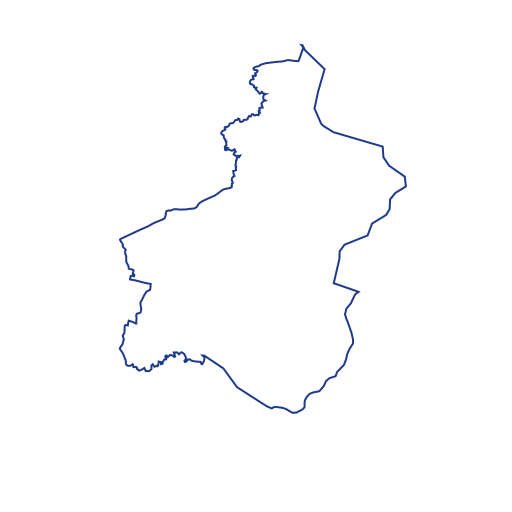 Kangaba, Koulikoro, Mali (Mercator projection), rotated 52°
{"feature_id": "8926073B95674786747910", "entity_name": "Kangaba", "entity_type": "district", "adm_level": 2, "iso_a3": "MLI", "parent_name": "Mali", "parent_adm1": "Koulikoro", "projection": "mercator", "projection_center": [-8.71, 11.908], "detail": "fine", "context": "isolated", "style": "outline", "palette": "blue", "viewbox_px": 512, "rotation_deg": 52, "n_neighbors": 0, "source": "geoboundaries", "source_scale": "gbopen_adm2", "svg_char_len": 6106}
<svg xmlns="http://www.w3.org/2000/svg" viewBox="0 0 512 512"><g transform="rotate(52 256 256)"><path d="M390.5,330.0L392.1,328.5L395.0,326.6L399.1,325.0L402.0,323.8L404.0,321.0L404.3,320.5L405.2,315.7L405.5,313.9L405.1,310.9L400.8,307.4L399.2,305.1L399.0,304.4L398.1,302.1L397.7,298.4L398.8,294.8L401.4,289.7L401.4,288.8L401.4,288.5L400.2,282.7L397.7,277.7L397.5,273.4L399.7,267.3L397.4,263.6L395.9,253.6L392.8,248.5L392.7,248.4L389.7,244.9L386.9,239.8L384.7,233.5L381.3,230.8L375.2,228.0L364.9,224.5L361.3,223.5L356.8,221.8L356.5,221.5L355.1,219.6L353.1,217.2L351.9,211.1L351.7,210.7L351.7,210.3L349.8,206.6L347.3,201.5L347.3,198.9L347.4,197.3L345.1,198.7L325.3,211.5L309.6,192.0L303.8,187.2L301.6,179.3L308.5,155.4L301.9,144.5L303.8,128.1L301.2,121.7L293.9,115.4L292.1,107.1L293.5,95.1L285.1,89.9L266.8,95.5L256.6,94.8L247.8,88.8L206.2,118.7L195.3,122.7L191.9,123.2L175.8,119.1L164.5,105.6L151.0,86.9L123.9,90.7L118.5,89.6L117.8,90.3L120.0,90.3L121.1,90.7L127.8,101.1L128.5,102.7L127.1,104.3L125.5,106.1L123.4,108.0L122.0,109.3L120.7,111.2L119.4,114.7L116.1,119.6L111.7,126.9L109.8,130.2L108.0,135.0L108.3,136.3L107.3,138.5L106.6,140.4L106.5,140.7L106.5,142.4L107.9,142.9L108.7,142.3L109.1,142.0L109.6,141.6L110.2,140.7L111.0,140.6L111.6,141.5L111.7,143.0L111.6,143.7L111.5,144.3L111.8,144.4L112.5,144.6L113.5,144.8L113.8,145.5L112.6,146.7L112.1,147.7L113.0,148.2L114.6,148.6L115.2,149.1L114.4,150.3L114.2,151.7L114.7,153.1L115.2,153.7L115.8,154.3L117.1,154.6L117.9,153.8L118.5,153.4L118.7,153.2L119.6,153.0L120.6,152.8L121.4,153.5L121.9,153.7L122.7,153.2L123.2,152.2L123.7,151.9L124.1,152.9L124.6,153.6L125.7,153.4L126.3,153.3L127.8,153.1L129.2,153.3L130.5,153.0L130.5,151.6L130.0,150.5L130.7,150.2L131.3,150.7L131.9,150.4L132.2,150.2L132.7,149.8L133.5,149.6L134.3,148.7L133.9,150.6L134.8,152.1L136.8,153.6L138.0,153.3L139.3,152.8L138.7,154.1L138.6,155.8L139.3,158.0L141.2,158.7L142.8,159.2L143.2,159.5L142.4,160.3L141.8,161.2L141.6,162.6L142.9,162.9L143.6,163.4L143.4,164.6L144.3,165.1L145.0,164.7L145.6,164.7L145.5,165.7L145.7,166.2L146.5,167.0L146.4,167.8L145.5,168.2L144.8,168.9L144.6,170.2L143.8,171.0L142.3,171.1L141.8,172.1L142.4,173.4L142.8,174.1L142.3,175.0L141.5,175.3L142.0,177.0L143.0,178.4L142.9,179.4L142.2,180.4L141.5,181.4L141.2,182.0L141.9,183.0L141.5,184.0L141.3,185.1L140.3,185.9L139.1,185.4L137.7,184.8L136.7,185.6L137.3,186.6L136.9,187.6L136.2,188.8L136.8,190.7L137.1,192.4L135.9,194.1L135.5,195.2L136.4,196.4L136.6,197.9L136.7,199.3L135.7,200.0L135.4,201.0L135.7,201.8L136.9,201.9L137.6,202.3L137.4,203.6L136.9,204.6L136.9,205.7L137.3,207.1L137.9,207.7L137.9,207.8L138.2,208.0L139.5,208.0L140.7,207.2L141.4,207.4L142.1,208.0L144.0,208.7L145.4,208.3L145.9,209.0L147.1,209.3L147.7,208.9L148.3,209.7L149.1,210.3L150.3,210.9L150.4,211.9L150.7,213.3L151.2,213.3L152.0,212.7L152.5,212.3L152.8,212.1L152.6,213.3L152.1,214.2L153.3,215.0L154.2,214.6L154.9,212.0L156.4,211.2L158.0,210.4L158.5,209.6L158.5,208.6L158.6,207.6L158.6,207.3L159.2,207.2L159.6,208.0L160.5,207.8L161.4,207.8L161.3,208.9L161.4,209.5L161.4,209.8L162.2,211.1L163.1,210.9L164.7,210.2L165.2,209.4L165.4,209.1L166.3,208.7L166.6,208.1L167.1,206.8L167.8,208.5L166.6,209.8L166.8,210.7L168.4,211.9L168.3,212.9L169.8,214.0L171.2,215.7L172.0,216.5L173.4,216.5L173.7,217.4L174.8,218.1L176.1,218.8L175.6,220.6L175.0,221.6L176.2,222.4L178.3,223.4L179.7,223.7L179.5,225.1L179.8,226.8L181.1,228.3L182.8,228.8L184.1,229.3L184.1,230.4L185.4,231.3L185.7,232.2L186.8,232.7L186.6,233.9L185.6,236.3L184.1,239.0L183.4,241.4L183.2,244.0L183.3,245.8L183.0,251.5L182.9,251.7L181.1,258.7L179.7,265.0L179.5,268.5L180.2,270.6L180.8,272.2L180.8,273.6L180.6,275.2L179.4,277.2L178.0,279.2L176.2,282.5L172.6,287.3L172.2,287.8L169.5,290.6L168.3,292.8L167.9,294.5L167.3,296.0L166.4,296.6L165.5,299.0L166.4,300.2L168.7,302.6L169.6,304.3L170.1,305.0L169.7,307.1L169.1,309.3L168.8,310.3L167.7,313.9L167.0,317.1L166.2,322.5L163.6,332.8L160.1,348.2L159.2,352.4L159.4,353.2L161.6,353.5L164.0,353.7L165.3,354.0L166.5,355.2L168.1,355.1L170.4,354.8L170.9,354.8L171.9,356.4L173.0,357.3L175.1,358.1L176.2,358.3L178.1,359.9L180.9,361.9L183.2,362.3L185.3,362.6L187.0,363.7L187.6,364.1L188.8,363.5L189.9,362.3L190.7,361.7L191.8,361.3L192.6,362.0L193.4,363.3L194.3,364.0L195.2,363.5L196.0,363.5L196.9,364.6L195.1,365.9L194.7,366.9L194.7,367.0L195.4,368.0L196.2,369.0L196.9,369.7L200.9,366.1L207.7,360.9L209.7,359.3L213.2,356.2L214.8,357.6L216.4,359.2L217.5,360.3L217.0,362.3L216.7,364.5L218.1,368.3L218.8,369.7L220.8,373.8L221.5,375.8L224.5,377.7L226.8,378.8L228.0,380.0L229.1,381.3L229.4,382.5L228.9,383.7L228.2,384.9L228.4,386.2L229.7,387.5L231.4,388.3L232.9,389.8L234.5,391.2L235.5,391.9L235.1,392.4L234.1,392.8L232.0,393.8L228.6,396.1L230.0,397.9L231.2,399.2L231.8,399.8L230.8,400.5L230.0,401.4L230.3,402.5L232.1,404.1L233.9,405.6L235.8,407.3L236.5,409.8L238.9,411.0L240.2,411.3L241.7,413.3L243.4,415.6L244.0,417.8L244.5,419.2L245.1,420.4L248.4,420.7L251.1,420.9L253.4,421.6L255.2,422.2L257.2,422.7L257.6,422.8L258.8,423.4L259.1,423.6L259.4,423.8L259.9,424.1L260.5,424.6L262.0,425.1L262.8,424.9L263.5,424.6L263.9,424.2L264.6,423.5L265.5,421.1L265.4,419.9L265.9,419.7L266.8,420.5L268.1,421.0L268.8,420.2L269.1,419.2L270.0,418.6L271.0,418.6L271.6,419.4L271.9,419.3L272.4,419.0L272.7,418.9L272.8,418.9L273.8,419.0L274.0,418.8L274.2,418.6L274.4,418.4L274.5,418.4L275.3,415.5L275.4,413.8L275.5,412.9L278.8,413.7L280.9,411.1L280.8,408.0L278.0,405.9L277.7,404.0L280.8,404.2L281.4,401.8L281.4,401.7L282.2,401.5L282.1,400.5L279.3,397.6L281.0,396.3L282.7,397.4L283.4,395.9L282.1,394.8L281.1,391.9L282.1,390.5L281.5,389.7L279.5,389.5L279.0,388.6L279.4,387.7L281.3,387.6L281.1,384.6L283.4,382.8L285.2,382.6L285.4,381.6L281.5,380.1L283.5,377.4L286.1,377.2L285.8,374.5L286.1,374.0L286.4,373.7L288.9,372.9L289.7,373.1L292.4,373.6L293.8,374.2L294.6,377.0L295.8,377.2L296.3,376.1L295.7,373.2L296.6,371.8L298.6,371.3L301.1,369.4L305.4,364.8L307.7,365.5L308.0,365.1L307.5,363.3L306.9,362.0L304.3,358.8L303.1,359.2L301.5,359.4L302.6,358.1L324.5,350.9L347.7,351.7L380.9,340.1L385.9,337.4L386.0,335.3L386.8,333.6L390.5,330.0Z" fill="none" stroke="#1e3a8a" stroke-width="2"/></g></svg>